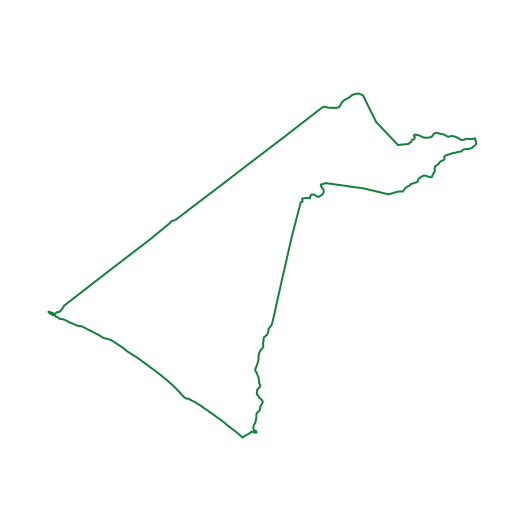 the district of Mucuri, Bahia, Brazil, rotated 102°
{"feature_id": "56859067B76032182131071", "entity_name": "Mucuri", "entity_type": "district", "adm_level": 2, "iso_a3": "BRA", "parent_name": "Brazil", "parent_adm1": "Bahia", "projection": "equal_earth", "projection_center": [-39.837, -18.037], "detail": "fine", "context": "isolated", "style": "outline", "palette": "green", "viewbox_px": 512, "rotation_deg": 102, "n_neighbors": 0, "source": "geoboundaries", "source_scale": "gbopen_adm2", "svg_char_len": 3835}
<svg xmlns="http://www.w3.org/2000/svg" viewBox="0 0 512 512"><g transform="rotate(102 256 256)"><path d="M95.4,66.4L96.7,68.9L97.3,71.8L97.4,74.1L98.8,76.4L99.7,78.2L99.5,80.5L98.5,82.7L98.0,85.2L97.8,88.9L99.4,93.1L98.1,97.5L98.1,102.2L98.0,105.4L99.5,107.4L102.9,108.9L104.0,110.9L105.1,114.9L105.3,117.1L104.4,120.2L104.1,122.3L104.2,125.9L105.5,126.6L106.8,125.3L108.4,125.4L110.5,127.9L112.4,128.0L113.3,129.4L114.7,130.1L116.8,136.8L117.9,140.2L99.9,166.4L76.5,184.9L75.7,189.6L78.3,195.3L81.5,197.7L84.5,201.3L86.5,203.1L87.8,204.0L91.8,205.0L93.7,206.6L94.4,208.4L95.4,212.9L95.9,216.2L95.8,220.5L96.9,222.1L130.0,250.1L131.5,251.3L132.8,252.4L167.2,282.0L170.8,285.1L190.0,301.4L224.1,330.8L235.7,340.7L237.4,342.2L239.5,345.9L242.2,347.5L262.6,363.8L279.8,378.5L303.2,398.5L344.5,433.4L345.9,433.7L351.3,436.3L352.6,439.4L354.7,440.7L353.9,444.1L353.5,448.0L355.1,445.6L355.8,443.3L356.2,440.7L357.3,437.3L358.3,434.9L358.0,432.4L358.2,429.7L358.8,427.6L359.5,425.7L359.9,423.8L360.1,422.0L360.5,420.1L361.0,418.1L361.3,416.0L361.3,414.2L361.0,412.4L361.5,410.1L362.1,407.6L362.9,405.1L363.4,402.9L363.9,400.8L364.7,398.1L365.5,395.4L366.0,393.3L366.9,390.9L367.8,388.6L368.0,386.3L368.0,383.4L368.3,380.8L369.3,377.6L370.4,375.0L371.0,373.3L371.7,371.6L372.6,369.0L373.7,366.4L375.0,364.1L375.9,362.4L376.8,360.0L377.8,357.6L378.6,355.6L379.3,353.3L380.5,350.4L381.5,347.8L382.4,346.0L383.2,344.2L383.9,342.6L384.7,340.9L385.6,338.9L386.4,337.1L387.4,334.9L388.3,332.9L389.1,331.1L390.1,329.0L391.2,326.6L392.4,324.3L393.2,322.7L394.3,320.6L395.3,318.7L396.3,316.7L397.8,314.2L398.9,312.1L399.9,310.3L402.6,306.2L404.2,303.8L405.7,301.6L406.9,300.1L407.9,298.7L409.0,297.1L410.0,294.5L409.5,292.4L410.2,290.6L410.9,288.3L411.4,286.0L412.4,283.3L413.1,281.4L413.7,279.6L414.5,277.6L415.7,275.0L416.6,272.7L417.3,270.9L418.5,268.3L419.4,266.1L420.1,264.5L420.8,262.8L421.8,260.7L422.7,258.5L424.0,255.6L425.1,253.3L426.1,251.4L427.0,249.7L428.1,247.6L429.1,245.5L430.1,243.3L431.1,241.3L432.0,239.4L433.0,237.3L434.1,235.4L435.3,233.3L436.3,231.3L434.6,229.9L433.2,228.3L431.5,226.1L430.0,224.9L428.6,223.7L429.1,221.4L428.7,218.9L427.3,219.5L426.9,221.8L424.6,223.0L421.8,222.9L420.3,222.4L419.0,222.0L417.1,222.0L414.5,222.0L412.1,222.5L409.8,222.7L408.2,221.7L406.8,220.7L405.0,220.2L403.0,220.5L400.9,220.0L399.1,219.2L396.8,219.2L395.4,220.7L394.2,222.8L392.4,224.6L391.0,226.5L388.5,226.8L386.4,227.0L385.1,226.2L383.0,224.9L381.2,225.3L379.6,226.5L377.8,227.1L375.4,227.8L374.1,228.5L372.6,229.5L370.2,230.9L368.6,232.7L367.1,233.2L365.3,232.9L363.9,232.6L361.0,232.2L358.5,232.0L356.4,232.0L353.7,232.7L351.7,232.7L350.1,232.6L348.7,232.3L346.7,231.7L344.6,230.4L342.8,230.0L340.1,231.1L337.9,230.9L335.6,231.4L333.7,231.2L331.8,229.5L330.5,228.7L328.3,228.4L326.3,228.2L324.8,228.6L322.9,227.7L320.6,226.4L315.9,226.1L276.6,225.7L268.4,225.6L264.5,225.5L262.4,225.5L259.0,225.4L229.0,225.0L194.2,223.4L193.1,221.9L190.2,222.7L189.1,220.0L188.5,217.1L188.2,215.2L186.5,215.4L184.3,214.5L183.8,212.1L184.9,209.4L185.2,207.0L183.5,205.3L182.3,204.1L180.3,203.1L178.0,203.3L176.8,204.2L175.6,205.5L174.4,206.7L172.6,207.4L171.3,204.7L170.2,203.1L167.5,164.7L168.1,139.0L166.4,136.0L165.3,133.8L163.8,131.2L163.0,128.9L162.4,125.8L160.4,124.9L158.4,123.9L156.5,122.3L155.5,120.6L153.7,119.9L152.6,117.9L151.1,115.4L150.1,113.6L148.6,113.2L146.9,113.2L144.9,111.6L143.5,110.1L142.3,108.4L142.2,106.0L142.8,102.9L142.4,100.5L139.9,100.1L137.5,99.3L135.8,98.7L134.2,99.3L131.5,99.5L130.0,98.5L128.8,97.4L127.4,96.1L126.1,95.8L124.8,94.8L122.9,92.1L121.5,91.8L120.0,92.5L118.5,91.7L116.9,89.2L115.4,86.6L114.2,84.2L113.4,82.1L112.1,79.9L111.2,77.1L108.9,75.5L108.1,73.8L107.6,72.0L106.8,69.4L105.4,67.2L103.8,66.3L102.0,64.4L100.1,64.0L98.6,64.4L97.1,65.6L95.4,66.4Z" fill="none" stroke="#15803d" stroke-width="2"/></g></svg>